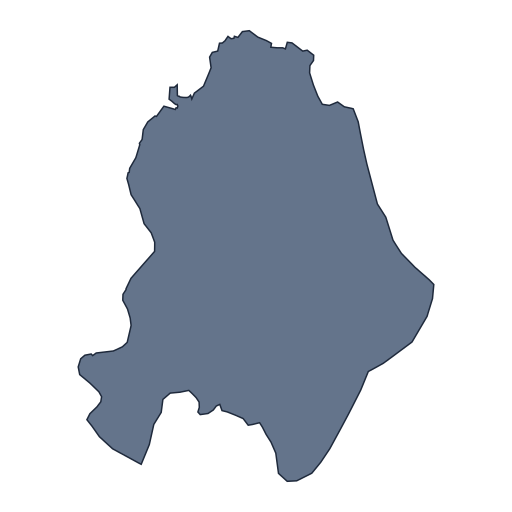 Owensgrove, Grand Bassa, Liberia (Natural Earth projection)
{"feature_id": "62588387B80284911734552", "entity_name": "Owensgrove", "entity_type": "district", "adm_level": 2, "iso_a3": "LBR", "parent_name": "Liberia", "parent_adm1": "Grand Bassa", "projection": "natural_earth1", "projection_center": [-10.306, 6.196], "detail": "fine", "context": "isolated", "style": "filled", "palette": "slate", "viewbox_px": 512, "rotation_deg": 0, "n_neighbors": 0, "source": "geoboundaries", "source_scale": "gbopen_adm2", "svg_char_len": 2542}
<svg xmlns="http://www.w3.org/2000/svg" viewBox="0 0 512 512"><path d="M234.4,36.3L233.9,38.3L231.1,38.7L229.0,37.2L228.0,36.4L225.7,39.7L225.2,40.6L222.4,43.0L219.5,43.2L219.2,44.5L217.7,51.1L212.3,52.4L209.6,57.1L211.1,67.8L208.6,74.0L203.5,86.2L194.4,93.1L191.8,99.0L191.0,96.3L190.5,95.2L189.8,96.0L188.5,97.1L187.0,97.5L185.5,97.5L183.1,97.4L180.1,97.0L179.3,96.3L178.6,96.3L177.4,95.6L177.2,84.8L174.4,87.3L170.0,87.3L169.6,92.4L169.1,99.2L171.7,101.1L174.5,103.6L175.9,104.5L177.3,104.5L177.3,105.0L177.7,105.5L177.8,106.2L177.3,108.0L176.1,107.8L175.3,109.5L172.4,108.6L168.1,107.4L163.9,106.2L156.5,116.4L155.0,116.0L150.0,120.1L147.8,121.9L143.3,129.6L142.1,139.5L139.4,143.3L139.6,144.2L139.8,144.7L136.6,155.3L135.8,157.8L129.7,168.3L129.2,172.4L128.1,172.8L127.5,175.8L126.9,178.4L128.7,184.7L131.1,194.7L135.0,200.8L137.6,205.0L139.9,208.6L144.1,223.7L151.2,232.8L153.3,238.4L154.7,242.2L154.7,245.6L154.6,250.9L154.6,251.4L135.7,272.9L131.0,278.3L126.0,288.8L126.1,289.5L123.0,294.3L122.8,299.2L122.8,300.3L127.5,309.0L130.2,318.1L130.4,319.8L131.1,325.4L130.7,327.4L129.6,332.1L127.2,342.4L122.4,346.8L116.0,349.8L113.3,351.0L96.2,353.0L92.7,355.6L91.2,354.0L84.9,355.2L82.3,357.4L80.7,358.8L78.2,366.9L79.7,374.6L89.7,382.9L95.5,388.5L98.9,391.8L101.6,396.7L100.8,401.8L98.2,405.2L97.2,406.6L96.2,407.6L89.9,413.7L86.9,419.7L92.1,426.3L99.4,436.7L112.6,448.8L138.3,462.8L141.2,464.3L149.3,444.6L153.8,424.4L161.2,412.4L162.9,399.4L170.2,393.1L180.0,392.2L188.8,390.4L191.2,392.6L194.5,395.9L196.2,397.7L199.1,402.1L199.3,407.4L197.9,412.0L200.2,414.6L208.0,413.5L213.3,410.0L216.3,406.0L219.8,404.4L222.0,410.6L227.2,411.9L235.0,415.0L243.2,418.6L248.2,425.2L252.4,424.5L259.6,422.7L262.4,427.1L266.1,434.4L271.0,442.1L275.8,453.1L278.5,473.4L287.2,481.3L296.7,480.8L311.8,473.2L320.7,462.3L329.8,448.7L341.1,427.9L348.2,414.6L351.7,407.8L357.7,396.0L360.7,390.1L368.3,371.5L377.7,366.4L383.4,363.2L384.2,362.6L392.0,356.9L412.0,342.0L427.1,316.3L428.0,313.2L432.5,298.6L433.5,287.8L433.8,284.5L429.1,279.7L414.7,267.1L413.5,265.8L401.4,253.4L395.8,244.7L393.0,240.2L385.8,217.2L377.4,204.0L366.8,163.8L363.6,149.5L362.1,142.0L360.1,131.9L358.2,121.8L353.2,108.8L351.7,108.4L344.3,106.8L337.6,102.0L329.4,105.4L322.3,104.3L317.8,96.2L313.4,85.0L309.6,72.9L309.9,65.6L313.5,60.5L313.7,55.2L307.2,50.2L302.7,51.1L292.0,42.9L287.3,42.3L285.4,48.9L282.7,47.8L277.2,47.8L271.7,47.3L270.8,47.2L271.5,43.4L266.4,40.6L257.8,37.1L249.3,30.7L242.4,31.6L237.9,37.4L234.4,36.3Z" fill="#64748b" stroke="#1e293b" stroke-width="1.5"/></svg>